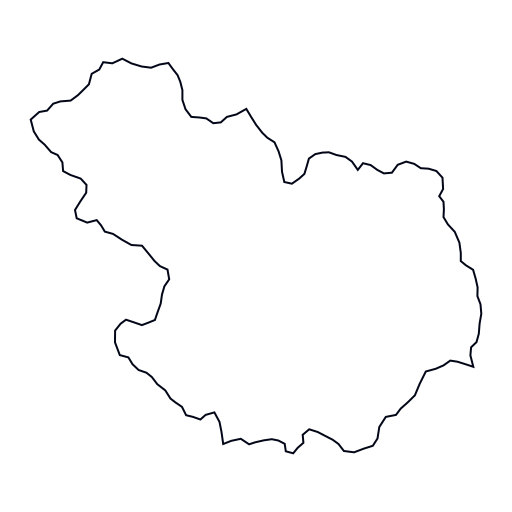 outline of Serranos, Minas Gerais, Brazil
{"feature_id": "56859067B45065614080089", "entity_name": "Serranos", "entity_type": "district", "adm_level": 2, "iso_a3": "BRA", "parent_name": "Brazil", "parent_adm1": "Minas Gerais", "projection": "robinson", "projection_center": [-44.543, -21.828], "detail": "fine", "context": "isolated", "style": "outline", "palette": "ink", "viewbox_px": 512, "rotation_deg": 0, "n_neighbors": 0, "source": "geoboundaries", "source_scale": "gbopen_adm2", "svg_char_len": 2290}
<svg xmlns="http://www.w3.org/2000/svg" viewBox="0 0 512 512"><path d="M223.2,444.0L231.4,440.8L240.8,438.8L249.1,444.3L255.2,442.3L264.0,440.3L271.8,439.2L278.3,440.5L284.7,443.8L285.8,451.3L293.2,453.3L297.7,447.8L303.4,442.8L302.7,434.8L309.2,429.3L317.7,432.0L324.8,435.7L332.6,439.7L338.5,444.0L343.9,451.0L354.1,452.3L363.9,448.6L372.8,445.8L377.5,438.5L379.3,427.0L385.8,416.9L396.0,414.9L400.7,408.6L407.5,402.6L414.9,395.3L419.7,383.8L425.8,371.5L435.7,368.8L443.5,365.4L450.3,360.6L457.4,361.7L464.8,364.0L473.3,366.8L470.4,355.4L471.1,347.3L476.5,342.1L478.8,333.8L479.6,323.6L481.3,313.8L480.5,304.3L477.4,296.1L477.6,287.4L475.7,278.8L473.1,269.8L465.9,265.3L460.8,261.1L460.8,252.9L459.4,242.7L454.8,231.9L447.9,224.4L443.5,217.1L443.9,209.3L443.5,201.8L439.2,196.2L443.1,189.0L442.5,177.7L436.4,171.0L428.6,168.7L420.8,168.2L414.3,163.9L406.2,161.6L397.7,164.8L391.9,172.7L383.9,173.4L377.3,169.9L370.7,165.1L363.0,163.2L357.8,169.9L352.0,161.6L345.5,156.9L336.4,155.0L328.9,152.3L322.5,152.6L315.3,154.1L308.9,158.6L306.6,166.7L304.4,173.9L299.3,178.5L291.9,183.7L284.3,182.0L282.0,171.7L281.4,160.4L278.6,151.4L274.5,142.3L267.3,137.7L262.3,132.8L256.2,125.0L251.0,116.7L246.3,108.9L236.5,114.4L226.9,116.9L220.8,122.4L213.3,123.2L206.3,118.4L199.6,117.5L191.3,116.9L185.5,109.2L182.4,99.9L182.4,90.1L180.3,81.8L177.6,75.2L172.6,68.8L168.4,63.0L159.6,64.5L151.1,67.7L141.6,66.5L131.4,63.4L122.3,58.7L112.3,63.3L103.2,62.2L99.3,69.5L91.7,73.8L88.9,84.3L82.8,90.4L78.0,95.1L70.6,100.6L60.4,101.4L53.2,103.7L47.1,110.6L39.2,112.0L30.7,119.6L33.8,131.4L38.9,139.6L44.6,144.6L51.1,152.1L57.6,155.0L62.4,162.4L63.1,171.1L70.5,175.0L80.7,178.6L86.5,184.9L86.2,192.7L80.4,201.3L75.0,210.0L76.7,218.3L87.2,222.6L96.7,220.1L101.1,225.4L104.8,231.6L113.0,233.9L122.1,239.8L131.4,245.0L142.0,245.7L148.6,253.7L154.6,261.1L159.9,266.1L167.5,269.6L169.2,279.3L164.4,286.3L162.0,294.5L160.7,303.6L157.7,311.9L154.9,320.0L148.0,322.8L141.9,325.1L133.8,322.3L126.0,319.7L120.6,323.7L115.1,330.6L115.0,342.4L119.8,355.1L128.4,357.4L132.5,364.2L138.6,370.0L146.4,372.7L151.8,377.0L157.3,384.2L165.3,390.4L170.5,398.6L175.7,402.6L182.0,406.9L186.1,415.2L193.0,416.9L200.4,419.5L205.6,414.9L214.4,412.4L219.5,421.9L221.5,432.0L223.2,444.0Z" fill="none" stroke="#020617" stroke-width="2"/></svg>